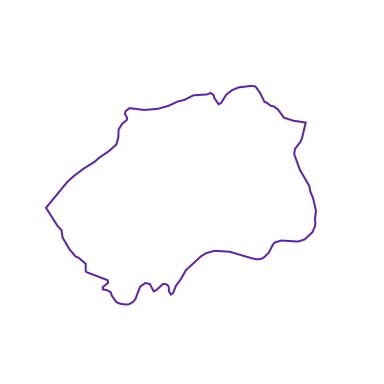 San José La Arada, Chiquimula, Guatemala (Mercator projection), rotated 324°
{"feature_id": "79465075B89151585354949", "entity_name": "San José La Arada", "entity_type": "district", "adm_level": 2, "iso_a3": "GTM", "parent_name": "Guatemala", "parent_adm1": "Chiquimula", "projection": "mercator", "projection_center": [-89.61, 14.714], "detail": "fine", "context": "isolated", "style": "outline", "palette": "violet", "viewbox_px": 384, "rotation_deg": 324, "n_neighbors": 0, "source": "geoboundaries", "source_scale": "gbopen_adm2", "svg_char_len": 1440}
<svg xmlns="http://www.w3.org/2000/svg" viewBox="0 0 384 384"><g transform="rotate(324 192 192)"><path d="M64.6,119.0L63.3,140.4L64.0,146.3L60.5,152.8L59.2,166.6L59.9,175.7L61.7,178.8L63.8,187.7L59.7,193.2L59.5,194.8L71.9,213.8L70.7,216.2L63.9,216.5L62.6,218.4L65.2,221.0L67.4,225.3L66.2,228.6L66.1,236.7L68.2,240.2L72.5,244.3L75.1,245.8L79.4,246.2L83.0,245.5L94.4,238.1L100.8,238.2L103.8,241.8L102.6,249.8L105.2,250.4L114.2,249.4L116.0,250.4L117.5,252.7L117.5,254.8L114.9,259.2L114.7,262.6L117.3,262.6L123.9,258.4L131.0,256.3L141.0,251.7L161.6,249.3L167.5,249.8L175.6,252.8L187.2,262.3L201.7,281.1L205.0,284.7L209.1,286.9L211.7,287.2L218.5,286.2L226.7,282.0L229.3,281.5L235.6,283.7L248.8,294.5L255.2,296.6L265.8,295.3L271.3,292.1L273.5,289.8L275.4,286.3L281.1,280.3L286.3,268.3L287.9,261.5L290.5,255.8L292.3,237.6L296.9,221.5L300.6,217.7L309.4,215.1L312.9,212.9L324.8,202.7L315.9,193.9L310.1,186.0L310.0,174.7L309.2,174.0L308.9,171.4L307.1,169.4L306.2,168.1L305.0,163.7L303.6,162.0L305.3,151.5L305.4,144.0L302.4,141.0L291.2,134.8L284.5,133.2L277.0,133.4L267.7,137.1L265.1,136.6L265.3,129.1L266.5,126.3L265.3,122.9L261.3,121.8L249.9,114.6L239.9,113.0L234.0,110.5L223.5,108.4L213.2,104.6L201.5,97.5L190.7,87.4L185.9,87.6L183.7,89.2L183.1,93.9L181.7,95.4L175.4,95.8L169.2,98.4L164.7,104.3L158.7,109.1L148.6,110.1L137.4,109.7L131.0,110.3L118.4,109.4L105.7,109.6L97.2,110.5L64.6,119.0Z" fill="none" stroke="#5b21b6" stroke-width="2"/></g></svg>